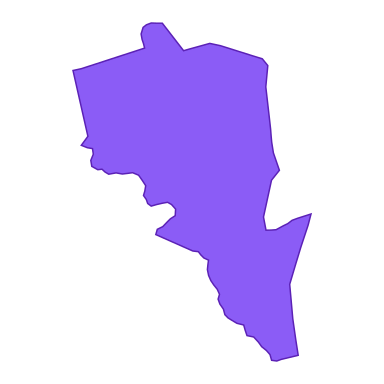 Redenção, Ceará, Brazil
{"feature_id": "56859067B98752060236455", "entity_name": "Redenção", "entity_type": "district", "adm_level": 2, "iso_a3": "BRA", "parent_name": "Brazil", "parent_adm1": "Ceará", "projection": "orthographic", "projection_center": [-38.762, -4.263], "detail": "fine", "context": "isolated", "style": "filled", "palette": "violet", "viewbox_px": 384, "rotation_deg": 0, "n_neighbors": 0, "source": "geoboundaries", "source_scale": "gbopen_adm2", "svg_char_len": 1409}
<svg xmlns="http://www.w3.org/2000/svg" viewBox="0 0 384 384"><path d="M265.8,86.9L267.8,65.6L262.3,58.8L251.6,55.5L229.1,48.4L220.5,45.7L209.8,43.4L189.9,48.9L183.6,50.7L162.3,23.2L156.4,23.2L151.2,23.0L146.4,24.8L143.1,27.4L141.1,34.0L142.1,39.5L143.5,43.6L144.6,48.1L81.3,68.7L73.0,70.5L87.9,136.3L81.3,145.3L87.3,147.7L92.5,148.6L93.3,154.2L90.8,160.4L91.8,166.4L97.8,169.7L102.0,169.2L105.0,172.0L108.7,174.2L116.1,172.9L122.3,174.0L127.5,173.4L132.6,172.7L138.6,175.2L142.4,180.6L145.7,185.7L144.8,191.1L143.5,195.5L146.3,199.5L147.7,203.5L151.2,206.1L156.8,204.5L162.5,203.2L167.6,202.3L171.5,204.5L175.6,209.1L175.2,215.7L170.4,218.8L167.4,221.8L162.8,226.6L157.3,229.3L155.8,234.6L192.8,251.0L198.4,251.7L200.8,254.9L203.9,258.0L208.5,260.1L207.9,264.7L207.4,269.6L208.6,275.5L210.9,280.7L213.8,285.0L217.2,289.2L219.5,294.3L218.1,299.1L219.9,304.1L223.4,309.1L224.9,314.7L228.0,317.9L231.7,320.2L236.9,323.3L243.7,325.0L245.2,330.3L247.0,335.6L253.7,337.0L258.4,342.1L261.7,346.7L266.3,350.4L270.0,354.6L271.6,360.3L276.8,361.0L281.2,359.4L298.2,355.3L295.8,339.9L292.8,318.9L289.7,284.3L295.6,264.4L298.8,253.9L300.8,247.3L308.1,225.2L311.0,214.0L297.8,218.2L292.1,220.3L287.8,223.6L283.3,225.8L276.1,229.7L270.9,230.1L266.0,230.2L263.5,217.0L271.5,180.2L279.4,170.3L273.4,152.9L271.7,142.2L271.1,135.6L270.6,129.1L269.4,118.3L265.8,86.9Z" fill="#8b5cf6" stroke="#5b21b6" stroke-width="1.5"/></svg>